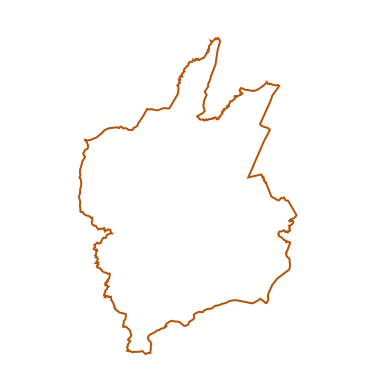 the district of Bolikhanh, Bolikhamxai, Laos, rotated 248°
{"feature_id": "54806243B38161899142036", "entity_name": "Bolikhanh", "entity_type": "district", "adm_level": 2, "iso_a3": "LAO", "parent_name": "Laos", "parent_adm1": "Bolikhamxai", "projection": "equal_earth", "projection_center": [103.824, 18.646], "detail": "fine", "context": "isolated", "style": "outline", "palette": "amber", "viewbox_px": 384, "rotation_deg": 248, "n_neighbors": 0, "source": "geoboundaries", "source_scale": "gbopen_adm2", "svg_char_len": 5899}
<svg xmlns="http://www.w3.org/2000/svg" viewBox="0 0 384 384"><g transform="rotate(248 192 192)"><path d="M65.5,78.3L63.4,83.7L63.3,86.3L59.1,88.3L59.2,90.4L58.5,93.3L59.7,93.5L61.2,94.7L64.6,96.1L66.2,97.4L68.4,97.4L71.2,96.3L73.5,96.5L74.1,97.0L75.5,99.2L75.9,104.8L76.7,107.5L76.2,110.1L76.8,111.3L76.5,116.1L77.3,116.5L76.9,117.4L77.0,118.0L78.4,117.9L79.4,118.9L80.3,122.8L80.0,125.4L79.1,126.4L76.4,131.5L70.8,134.6L70.3,136.6L70.5,139.0L72.7,140.6L73.4,145.5L74.4,146.8L77.3,147.6L78.1,149.5L78.3,153.3L77.9,154.5L76.5,156.8L77.5,158.7L77.8,162.1L76.6,166.7L77.8,170.6L76.9,175.0L77.1,177.6L76.4,181.5L76.9,186.2L75.7,190.9L74.7,193.2L66.1,206.2L66.6,211.8L67.4,215.2L64.4,217.3L62.1,218.3L61.2,219.0L61.1,219.5L63.3,222.2L67.6,223.6L68.9,224.4L75.9,231.8L79.9,238.8L83.7,253.2L86.6,255.1L93.5,257.4L96.7,255.8L98.1,255.8L99.1,256.4L100.3,256.1L100.8,257.3L101.5,257.5L102.2,258.6L108.3,264.1L110.1,262.2L110.1,260.6L111.4,261.1L113.0,259.4L117.1,257.6L118.4,256.1L119.6,256.5L120.5,256.1L122.6,258.1L122.3,259.3L121.8,259.9L122.1,261.1L122.0,263.0L120.8,263.1L119.8,263.9L120.3,264.5L120.2,264.9L118.7,265.4L118.7,266.0L119.5,266.8L119.3,268.0L120.1,268.7L121.8,268.4L122.4,269.5L124.4,269.3L124.1,271.0L124.9,273.3L125.6,274.3L126.6,274.8L127.2,274.7L127.9,273.8L127.9,271.9L128.3,271.4L128.9,271.4L129.6,272.7L129.6,276.8L131.0,280.0L131.5,280.2L148.1,277.8L148.6,276.3L149.5,275.6L152.4,275.3L152.2,273.7L152.9,272.9L152.9,271.9L151.7,269.6L152.1,268.6L158.0,263.9L172.2,264.0L172.9,263.6L173.3,264.1L174.9,263.0L176.3,263.7L176.7,263.7L176.9,263.1L178.4,263.2L178.4,263.7L179.2,263.8L179.1,263.2L179.5,262.8L182.3,262.9L184.4,249.6L212.3,277.9L220.5,287.6L222.8,286.4L227.0,281.4L229.4,280.5L247.8,299.7L251.2,302.4L257.6,312.5L259.0,311.9L259.5,309.6L260.4,307.9L262.9,305.3L263.0,304.0L263.6,303.1L265.9,302.6L265.2,301.9L265.1,301.2L263.5,297.0L262.4,291.9L262.3,289.0L262.6,287.1L263.3,285.7L267.3,279.1L269.8,276.9L269.9,276.2L268.9,274.6L268.4,274.2L267.9,274.6L266.1,274.0L265.6,275.2L264.8,275.6L264.1,275.0L263.8,273.3L264.0,271.6L263.5,268.9L264.6,268.9L264.9,267.5L262.4,266.6L261.3,263.0L261.9,261.6L261.1,261.2L258.9,258.4L258.4,258.1L258.0,258.6L257.6,258.4L258.4,257.4L258.5,256.7L257.3,256.5L257.1,255.6L256.8,255.7L256.8,252.4L255.7,252.5L255.7,251.1L254.6,250.4L254.8,249.6L253.4,249.5L252.3,246.9L251.8,246.8L251.0,246.0L251.2,244.5L249.6,243.7L250.2,242.2L250.8,242.4L252.4,241.7L252.6,240.9L252.1,239.6L252.8,239.2L252.3,237.8L253.2,235.4L252.9,233.4L253.1,232.8L254.0,232.7L253.5,230.7L254.1,230.4L254.0,229.9L255.2,229.5L255.4,228.1L256.5,226.3L258.9,225.9L259.5,225.2L260.3,225.3L261.1,231.6L262.5,234.2L267.2,234.6L272.3,237.5L276.6,242.0L280.1,241.3L283.8,246.6L285.9,247.3L288.9,250.5L292.3,253.0L301.3,261.5L314.3,269.1L320.5,274.1L322.8,274.6L325.0,273.8L324.4,272.3L325.5,271.8L325.5,271.1L324.8,270.4L324.6,268.7L323.6,266.8L324.7,266.0L322.8,266.0L321.6,264.1L321.4,262.9L319.4,261.7L317.9,261.3L317.7,260.8L318.1,260.2L317.7,259.7L316.1,260.0L315.7,258.8L316.3,257.6L315.3,258.4L314.6,256.8L312.2,253.7L311.7,248.1L312.0,247.3L313.3,247.3L313.2,246.3L314.0,245.6L313.5,244.9L313.0,245.1L312.6,243.8L313.9,242.9L313.4,242.8L313.3,241.5L312.7,241.0L313.4,238.9L313.2,237.7L312.8,237.7L312.4,236.9L311.9,236.8L310.5,235.5L310.4,233.6L309.6,232.8L308.7,230.5L307.8,230.0L306.5,230.2L306.1,227.9L305.5,227.8L305.4,227.4L304.1,226.6L304.1,225.3L302.8,225.9L303.2,224.4L302.8,223.2L301.3,223.2L301.2,222.4L300.4,223.0L300.1,221.8L298.8,222.0L297.7,221.5L298.0,220.5L296.3,219.5L296.3,218.4L295.1,218.8L291.5,217.7L287.8,215.1L278.2,202.6L278.4,201.0L279.8,198.6L280.4,196.9L280.6,191.0L280.9,190.0L283.8,185.8L285.0,182.3L285.8,181.6L280.2,174.5L275.7,167.6L274.1,166.4L273.2,163.7L273.3,161.8L272.3,161.0L271.8,160.0L273.3,156.5L275.1,155.4L276.2,154.1L276.8,152.0L279.2,150.8L279.3,149.1L278.6,148.5L280.3,146.1L282.2,138.8L282.2,134.2L280.2,130.0L278.4,124.1L278.3,117.3L279.0,114.4L280.5,112.4L279.8,112.3L278.0,113.1L274.1,113.0L272.7,112.6L271.5,111.7L271.2,111.0L271.0,108.6L268.5,105.6L266.7,105.4L264.6,106.1L260.7,101.0L259.6,100.6L254.4,96.5L252.3,95.5L249.8,95.0L247.4,93.0L246.0,93.6L242.1,92.8L239.6,91.7L236.5,89.4L232.5,87.6L230.2,85.5L224.1,84.5L221.6,83.0L216.3,81.7L215.9,81.2L215.1,81.6L214.1,83.4L212.3,83.4L211.1,84.3L209.2,86.0L208.9,86.8L208.1,87.6L206.1,88.6L205.5,89.9L204.5,89.2L203.6,89.3L201.4,87.6L199.6,87.4L197.5,88.5L196.9,90.0L192.4,91.1L192.5,92.1L192.1,92.9L192.2,93.7L191.4,95.3L191.5,97.1L191.0,97.2L189.5,96.5L189.2,97.1L188.1,96.8L188.5,98.0L188.3,98.8L188.9,99.8L187.7,102.0L187.3,102.2L186.6,101.7L185.4,101.7L183.6,102.3L184.2,100.7L184.1,96.7L182.0,95.5L181.8,94.9L182.8,92.6L180.6,89.6L178.9,88.2L179.1,86.3L180.6,85.2L180.0,84.0L179.7,81.7L177.6,81.8L177.0,81.2L176.5,79.8L175.9,79.5L174.4,80.6L174.6,81.7L173.7,82.4L172.8,81.9L172.4,81.1L171.0,79.8L169.6,79.3L169.4,78.4L167.9,79.1L167.5,78.3L166.6,79.3L165.1,79.6L163.5,78.1L163.3,77.3L162.5,77.1L162.0,77.9L161.9,76.5L160.7,78.2L159.7,78.1L159.0,76.0L158.3,75.7L157.3,76.1L156.3,77.9L154.5,78.4L154.1,79.1L152.7,78.9L150.4,80.5L149.0,82.5L147.7,83.3L147.5,84.7L146.8,85.1L142.9,82.9L142.8,82.0L142.2,81.6L142.0,80.8L141.4,80.7L141.1,79.5L140.4,80.0L139.8,78.6L139.9,77.3L138.7,77.0L138.5,77.3L138.9,77.6L138.2,77.8L137.7,77.1L137.0,78.5L135.6,79.3L135.1,77.7L133.9,76.8L133.3,74.9L132.0,74.3L129.8,71.9L129.4,71.8L128.3,73.1L127.1,71.5L126.8,71.9L127.3,73.5L127.1,74.9L125.9,75.1L125.9,76.1L125.4,76.5L125.2,77.6L122.2,76.7L118.4,77.5L116.5,77.1L115.8,77.4L114.7,76.7L112.9,77.3L112.2,76.8L107.4,79.7L103.9,84.5L103.3,84.9L99.6,83.1L97.6,80.2L95.3,79.2L93.8,77.9L93.3,78.3L92.6,77.9L92.1,79.9L91.4,80.6L87.2,82.5L85.8,82.7L84.3,82.1L81.9,82.0L80.7,80.9L79.7,78.3L79.0,77.4L78.3,77.4L77.3,78.8L76.8,78.9L74.8,75.6L73.2,74.8L72.6,73.7L70.5,73.5L69.9,73.9L69.1,72.4L68.1,73.5L67.3,75.7L65.8,76.5L65.5,78.3Z" fill="none" stroke="#b45309" stroke-width="2"/></g></svg>